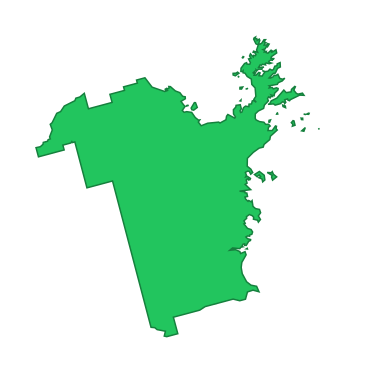 West Arnhem, Northern Territory, Australia, rotated 75°
{"feature_id": "25037944B28082311396997", "entity_name": "West Arnhem", "entity_type": "district", "adm_level": 2, "iso_a3": "AUS", "parent_name": "Australia", "parent_adm1": "Northern Territory", "projection": "natural_earth1", "projection_center": [132.77, -12.357], "detail": "fine", "context": "isolated", "style": "filled", "palette": "green", "viewbox_px": 384, "rotation_deg": 75, "n_neighbors": 0, "source": "geoboundaries", "source_scale": "gbopen_adm2", "svg_char_len": 5824}
<svg xmlns="http://www.w3.org/2000/svg" viewBox="0 0 384 384"><g transform="rotate(75 192 192)"><path d="M305.7,153.1L299.8,154.0L297.2,159.2L292.8,162.5L283.9,164.6L277.6,164.0L272.9,162.1L266.7,156.0L263.4,156.2L264.0,161.0L261.9,161.2L259.0,164.9L258.1,170.7L256.5,167.3L259.1,160.5L258.0,159.1L258.1,157.1L257.4,157.9L255.6,156.2L255.7,154.6L257.1,155.0L257.6,153.4L254.3,150.0L254.0,148.1L253.1,147.7L251.5,150.4L249.4,151.6L248.8,149.7L249.6,147.8L248.4,147.3L248.4,145.2L246.3,143.8L243.6,144.6L241.5,147.8L236.2,150.1L236.0,148.7L233.3,149.3L231.6,146.0L229.9,145.8L228.6,142.4L230.6,139.8L232.3,139.0L234.2,139.7L236.2,136.0L238.3,135.7L236.3,133.0L232.3,134.1L229.8,131.1L226.3,131.3L224.5,134.9L221.7,136.8L215.9,136.2L216.8,137.4L214.9,139.4L215.5,140.3L212.8,142.0L210.6,142.2L210.7,139.5L207.2,139.3L206.6,140.9L205.5,140.9L203.5,145.9L204.9,134.7L198.4,138.7L197.7,136.5L194.5,136.6L193.7,135.4L193.6,134.4L195.0,134.4L195.1,132.8L194.0,132.0L191.2,134.5L191.3,136.3L189.9,135.1L186.9,135.4L186.2,132.9L186.9,131.3L190.0,130.7L188.9,128.3L185.2,129.2L181.4,132.0L173.8,129.8L169.6,122.6L167.0,115.8L167.1,111.6L164.7,110.1L161.5,103.3L158.4,101.8L154.2,93.6L152.5,94.4L150.4,93.4L149.8,94.3L153.4,98.6L152.3,102.7L149.3,101.4L148.5,99.4L146.4,100.5L145.7,103.4L143.2,104.5L141.5,108.5L139.0,111.4L137.2,111.9L132.9,110.6L130.9,106.9L129.8,101.2L126.8,99.6L123.7,94.6L121.4,94.9L119.9,93.4L121.3,92.2L120.3,91.6L120.6,89.8L118.7,90.5L120.3,87.8L117.9,86.6L115.7,82.6L114.3,82.0L113.2,83.5L113.4,86.8L111.8,87.5L111.4,90.5L110.3,89.3L109.4,90.0L110.1,81.7L108.7,80.3L108.1,76.1L106.1,72.9L106.5,75.3L105.0,77.8L100.5,78.6L101.2,80.8L100.5,82.3L101.8,84.0L102.3,87.0L101.8,88.1L98.5,82.8L98.7,80.7L94.7,77.4L94.1,74.3L89.8,73.4L90.3,76.6L92.0,77.2L91.9,79.5L94.7,81.6L95.1,83.2L93.5,84.9L95.0,87.4L94.6,90.2L92.9,92.7L94.9,90.6L98.2,94.3L97.0,97.2L94.6,95.4L93.8,96.5L95.8,100.1L95.3,101.8L93.2,99.8L93.6,101.6L92.7,102.1L91.2,99.4L91.6,98.4L90.6,98.4L91.4,97.8L90.6,95.9L91.5,92.7L90.2,92.0L89.9,90.2L88.8,95.4L86.9,93.4L87.5,92.0L86.8,90.9L88.3,88.0L86.9,88.0L86.6,86.9L88.1,84.2L88.0,82.0L86.8,84.0L85.7,84.0L84.9,81.9L85.5,80.4L84.1,80.1L84.9,79.0L84.3,78.5L83.3,81.1L81.8,80.3L79.6,74.2L76.4,74.1L77.7,78.7L78.2,78.4L77.2,79.1L76.2,78.2L75.5,78.9L77.6,82.8L76.4,84.4L75.5,83.8L75.5,86.0L74.2,85.2L72.8,86.6L72.7,84.3L70.8,82.5L71.4,81.6L69.1,79.2L68.4,80.3L69.3,81.7L68.8,84.3L67.0,83.1L67.1,81.8L65.4,83.5L63.9,81.6L63.5,83.0L66.2,86.0L66.8,88.2L65.8,89.1L63.0,87.2L61.7,87.5L62.6,89.9L60.6,89.7L60.3,91.6L58.8,90.6L59.2,92.1L60.3,92.9L65.4,91.9L67.1,89.9L71.6,92.9L74.0,92.4L71.9,96.1L72.9,96.8L73.5,95.4L75.8,94.6L76.7,95.5L76.0,97.1L77.4,97.9L73.7,99.8L75.5,101.2L78.2,100.5L78.1,102.9L82.2,102.1L83.6,103.2L82.7,105.8L81.2,105.8L81.5,108.0L85.1,112.6L88.2,113.6L88.8,112.2L88.2,111.3L90.1,111.8L91.0,110.0L94.7,108.8L98.2,105.5L103.6,106.4L107.8,104.1L116.2,105.6L118.5,108.3L122.0,106.7L119.7,108.7L119.6,110.2L122.3,111.7L121.9,114.2L124.3,115.0L122.9,118.1L123.9,120.4L127.8,123.2L127.8,124.5L125.9,124.6L124.4,122.8L120.2,122.8L119.7,127.0L121.3,127.7L123.2,130.7L127.4,131.7L130.8,130.6L131.7,131.6L126.4,137.3L127.7,139.0L131.0,140.5L132.6,147.1L131.4,148.1L129.6,159.1L130.4,166.0L126.1,167.8L124.4,165.9L124.3,167.1L120.9,169.6L115.0,171.7L113.0,176.4L113.0,179.0L110.7,180.3L107.7,176.7L101.6,179.2L100.2,174.3L98.3,173.9L97.1,176.3L92.9,178.0L90.1,181.9L84.6,185.6L84.1,187.1L85.5,187.1L86.1,188.7L85.3,189.5L85.8,191.3L87.2,191.2L86.7,190.1L87.6,189.5L87.9,192.3L80.4,203.4L69.5,207.9L69.5,216.6L72.7,216.6L72.7,230.9L76.4,230.9L76.4,246.0L84.8,246.0L84.8,270.5L68.8,270.5L71.2,275.8L71.3,279.9L73.5,281.5L75.9,293.1L80.3,298.1L81.0,302.3L88.9,309.2L89.9,311.4L95.9,310.9L101.9,315.3L104.0,315.1L104.2,317.4L105.6,318.4L105.6,322.8L107.4,323.6L109.0,326.8L108.8,331.2L118.3,331.2L118.3,304.6L113.3,304.6L113.3,296.3L112.2,295.0L113.3,294.7L113.3,292.2L160.8,292.4L160.8,265.9L312.1,266.6L313.4,263.1L315.9,261.3L319.6,253.7L324.0,256.1L325.2,253.8L325.2,242.4L308.1,242.4L308.1,215.0L306.1,209.0L306.1,180.0L309.4,174.0L309.4,168.1L302.9,164.3L302.6,158.5L305.7,153.1ZM126.8,75.6L128.2,75.5L129.1,74.1L128.3,73.2L126.3,62.9L127.6,58.8L125.1,59.7L124.9,64.3L123.7,65.7L120.0,67.3L117.1,64.9L116.6,65.4L118.6,69.3L120.9,70.4L120.4,75.3L117.3,76.9L123.3,85.8L124.4,91.8L126.8,94.1L127.0,95.9L128.0,90.5L129.6,89.2L129.6,83.9L128.3,81.1L129.3,79.6L130.6,79.6L129.7,78.2L126.9,78.6L126.8,75.6ZM189.6,121.6L191.3,127.1L194.0,125.2L192.8,122.6L194.9,121.7L195.5,123.7L197.6,121.0L200.5,121.1L199.2,118.5L194.5,117.9L189.6,121.6ZM106.3,166.6L110.7,171.1L112.5,170.9L113.4,169.2L111.7,165.0L106.6,165.5L106.3,166.6ZM193.1,109.2L193.9,110.4L192.6,114.3L196.8,110.3L198.2,111.3L201.4,111.1L199.3,106.3L195.9,108.8L193.1,109.2ZM88.6,118.6L88.0,121.6L89.6,122.0L91.0,120.1L89.4,115.9L88.0,117.0L88.6,118.6ZM154.2,75.2L149.7,75.1L149.2,75.9L150.7,78.1L152.8,77.1L154.4,78.0L154.2,75.2ZM159.1,65.9L161.3,70.2L162.3,68.2L159.1,65.9ZM103.3,118.6L104.9,119.1L105.4,117.5L103.7,115.8L103.3,118.6ZM133.1,79.6L131.5,81.9L133.0,82.0L134.8,79.8L133.1,79.6ZM107.6,175.8L107.5,172.8L107.0,174.2L107.6,175.8ZM257.2,168.5L258.3,167.0L258.1,166.0L256.7,167.4L257.2,168.5ZM148.9,67.5L149.7,67.3L150.2,67.6L150.4,67.5L150.8,66.3L149.3,66.0L148.9,67.5ZM142.7,99.0L144.3,99.7L144.7,99.0L142.7,97.5L142.7,99.0ZM74.4,107.6L75.3,108.6L75.7,108.2L74.9,107.1L74.4,107.6ZM146.5,61.2L147.2,59.2L146.3,58.5L146.0,59.1L146.5,61.2ZM145.8,64.0L146.7,61.8L145.9,63.1L145.8,64.0ZM106.3,111.1L106.5,113.6L106.6,112.0L106.3,111.1ZM260.7,153.2L261.0,154.2L261.4,153.2L260.7,153.2ZM138.7,90.1L138.9,89.0L137.8,89.0L137.9,89.5L138.7,90.1ZM115.8,120.9L116.4,122.0L116.8,121.3L115.8,120.9ZM164.5,52.8L163.1,53.3L164.0,53.1L164.5,52.8ZM92.5,117.3L93.1,117.9L92.8,117.1L92.5,117.3Z" fill="#22c55e" stroke="#15803d" stroke-width="1.5"/></g></svg>